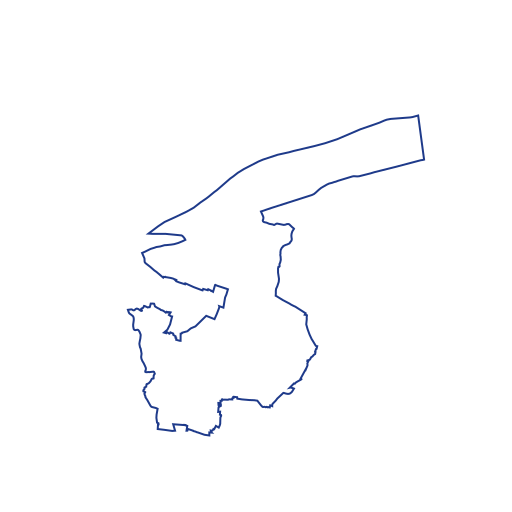 Chau Thanh, Trà Vinh, Vietnam, rotated 297°
{"feature_id": "81297802B55022771369511", "entity_name": "Chau Thanh", "entity_type": "district", "adm_level": 2, "iso_a3": "VNM", "parent_name": "Vietnam", "parent_adm1": "Trà Vinh", "projection": "mercator", "projection_center": [106.348, 9.881], "detail": "fine", "context": "isolated", "style": "outline", "palette": "blue", "viewbox_px": 512, "rotation_deg": 297, "n_neighbors": 0, "source": "geoboundaries", "source_scale": "gbopen_adm2", "svg_char_len": 6027}
<svg xmlns="http://www.w3.org/2000/svg" viewBox="0 0 512 512"><g transform="rotate(297 256 256)"><path d="M57.2,247.0L59.5,253.2L62.1,260.8L63.6,263.2L68.5,258.6L72.6,268.4L72.8,268.4L73.4,269.9L73.4,270.2L73.1,270.2L73.4,271.9L68.8,273.4L69.2,274.1L70.1,273.9L70.4,274.2L71.0,274.1L71.8,279.4L71.6,279.7L72.1,281.9L72.1,283.1L72.4,284.4L73.3,291.2L74.9,295.9L77.6,294.5L78.5,296.6L78.7,295.9L80.0,294.9L80.4,296.2L81.3,296.6L82.6,296.6L82.7,297.4L86.4,297.4L86.2,300.7L88.6,300.6L90.2,300.3L95.9,297.6L97.8,297.5L98.4,297.1L98.2,295.9L101.0,294.7L99.9,293.1L104.0,291.4L104.8,291.3L105.0,291.7L105.5,291.7L105.7,292.2L106.0,292.3L106.4,292.7L107.2,292.4L106.3,290.2L108.0,289.2L108.9,291.2L110.8,290.1L111.4,291.2L112.7,290.7L113.0,291.1L112.8,291.4L112.9,291.9L113.5,292.7L115.2,296.3L116.1,297.1L117.4,300.0L118.4,299.5L119.4,300.4L120.0,299.7L120.4,299.9L121.5,303.1L121.6,303.3L120.4,304.1L121.9,308.7L124.7,315.6L126.7,319.9L127.7,322.9L125.2,328.3L124.6,330.0L124.6,330.8L125.5,332.0L125.7,333.4L126.3,333.8L126.5,335.2L126.9,335.3L127.3,337.0L129.4,336.5L129.6,338.6L130.8,338.0L131.8,337.9L136.0,339.2L138.7,339.7L146.4,342.5L146.6,342.8L147.0,345.1L147.5,346.8L148.1,347.9L149.2,348.9L151.3,349.7L155.1,350.0L155.0,348.9L154.5,346.5L154.0,345.9L159.7,347.7L159.8,348.5L161.5,349.0L163.7,350.4L166.0,352.0L166.8,352.4L167.1,352.1L167.0,351.4L177.4,351.7L177.3,351.9L181.6,351.6L182.3,351.4L183.6,350.5L186.0,350.4L185.7,349.4L186.3,349.2L186.7,349.7L187.9,350.9L188.9,351.1L190.8,351.1L192.1,351.9L194.2,352.4L195.5,353.2L197.5,352.6L197.5,352.1L200.3,351.7L200.6,352.1L200.8,352.1L203.4,351.5L203.1,350.5L203.2,349.9L206.5,344.6L207.1,343.5L210.3,339.4L214.2,335.2L217.9,331.8L222.8,329.9L224.4,329.0L226.3,328.3L226.4,328.1L225.8,326.1L227.5,326.2L228.7,314.1L228.6,312.3L228.6,309.3L228.8,307.5L228.9,300.0L229.5,292.7L229.5,291.6L231.6,290.7L233.9,289.5L235.9,288.8L238.7,288.7L243.3,288.0L246.0,286.9L251.2,283.2L254.9,281.3L256.5,280.9L256.9,281.6L257.5,281.7L259.4,280.6L261.2,280.5L263.2,280.0L263.9,279.8L266.8,278.1L267.3,277.6L268.1,277.1L269.8,276.5L270.1,276.2L271.1,275.8L272.7,275.3L275.2,275.3L276.5,275.8L276.8,275.7L277.3,275.9L279.1,277.2L280.5,278.6L282.3,280.0L282.6,280.2L283.5,280.1L284.4,280.4L285.5,280.6L286.6,280.5L287.8,279.9L288.4,279.4L290.1,278.3L291.9,277.6L294.3,277.2L295.7,277.3L297.5,277.5L297.8,276.8L298.1,275.2L299.3,271.3L299.3,270.6L298.5,269.1L297.2,267.9L296.3,266.6L294.5,260.2L294.0,259.5L292.0,258.2L291.8,257.8L291.7,256.5L290.7,253.3L290.5,250.3L289.9,248.0L289.9,247.2L290.1,246.5L290.6,246.0L291.1,245.8L292.3,245.7L293.7,245.1L294.5,244.4L297.9,240.2L305.7,247.8L335.7,278.1L337.5,279.5L339.5,280.4L343.5,281.9L346.4,283.2L351.9,286.8L353.8,288.3L355.7,290.5L357.6,292.3L358.3,293.2L360.3,295.0L370.6,305.7L371.5,306.9L372.9,310.1L373.9,311.7L381.5,320.4L384.4,323.4L399.1,340.3L416.1,359.3L417.3,361.0L418.2,362.0L454.8,336.7L450.8,332.3L449.5,330.5L439.3,313.8L436.9,310.7L434.9,308.8L430.9,305.5L427.4,302.2L416.2,291.4L396.9,275.3L387.9,266.4L380.7,258.4L366.8,242.0L363.4,238.3L356.1,229.4L345.1,218.5L341.3,215.3L327.9,205.7L321.8,202.0L316.6,199.6L313.4,197.9L296.8,191.2L294.1,189.8L287.4,186.9L284.7,185.6L278.5,182.2L270.8,178.6L264.2,174.2L254.0,166.4L244.8,159.1L238.0,155.3L227.1,150.0L228.7,153.6L234.8,165.7L240.5,180.2L240.5,181.3L239.8,183.2L239.0,184.8L238.3,185.7L235.8,183.8L232.3,180.8L229.4,177.7L227.6,175.2L224.9,171.0L224.1,169.6L221.0,166.3L218.8,163.2L217.2,161.7L214.5,158.9L209.4,155.1L207.0,153.1L203.2,157.7L200.3,159.4L199.8,160.0L199.4,161.1L198.3,166.8L197.0,171.9L196.6,174.7L194.6,183.1L195.5,183.2L195.8,184.3L196.0,184.3L196.2,184.5L196.1,184.8L197.7,189.9L198.2,192.2L198.3,193.1L197.9,194.7L198.4,194.7L198.5,195.9L197.9,196.0L197.3,196.4L197.6,199.6L198.6,205.6L199.5,205.4L199.6,206.0L200.0,214.6L201.0,223.6L201.1,224.0L202.7,223.9L203.6,228.6L204.7,228.5L204.8,232.1L204.5,232.2L204.7,233.1L204.6,234.0L211.6,232.7L211.8,232.8L211.9,234.9L213.4,244.4L213.6,246.1L208.2,247.1L205.0,247.3L195.2,250.4L194.6,246.0L194.1,246.5L192.1,246.8L186.3,247.4L180.9,247.7L180.1,238.8L165.8,234.0L162.1,230.9L161.1,230.4L157.8,229.0L154.1,225.0L153.7,225.1L153.1,224.8L152.6,224.1L146.2,227.3L145.8,226.4L145.1,222.9L146.6,222.3L146.6,221.3L147.9,220.9L148.2,218.1L149.3,217.4L149.1,214.4L147.9,214.4L147.4,214.1L147.8,210.9L146.4,211.0L146.0,208.8L150.1,210.5L156.0,210.5L164.0,208.7L163.7,207.6L163.9,205.2L167.0,205.5L166.8,204.7L166.3,203.5L165.9,203.4L165.9,202.8L165.6,202.7L165.7,201.7L164.6,201.4L165.0,199.2L165.1,197.5L164.7,195.7L165.0,194.5L165.0,191.7L165.2,189.1L165.3,188.8L167.2,186.9L166.8,185.7L165.8,183.8L162.7,184.5L162.1,184.5L161.5,183.3L161.0,183.0L161.0,182.8L160.9,179.5L160.7,178.9L159.3,179.0L158.5,178.9L157.3,177.9L156.9,177.7L156.5,177.7L156.4,177.8L155.7,179.1L155.2,179.1L155.1,178.9L154.9,178.1L155.3,175.3L155.1,173.9L154.9,173.5L154.0,172.8L152.9,172.4L152.5,172.2L152.1,171.8L151.9,171.1L152.0,169.6L151.8,169.1L149.9,166.3L148.3,167.9L147.4,169.1L147.2,170.1L146.9,172.1L146.5,173.8L145.8,174.7L144.4,175.7L143.1,176.3L139.1,177.7L137.6,178.5L135.5,180.1L135.1,180.7L135.0,181.5L135.2,182.2L136.5,183.9L136.6,184.5L136.3,185.4L135.6,186.6L133.7,188.8L133.1,189.2L130.0,190.4L127.4,191.1L125.8,191.6L124.9,191.9L123.9,192.6L122.0,194.1L121.1,195.3L117.0,198.4L113.9,199.5L112.4,200.6L110.8,202.5L109.5,204.6L107.9,206.7L106.5,208.4L105.9,208.9L104.5,209.5L103.1,209.6L102.5,210.0L102.5,210.4L102.6,210.9L103.9,213.1L104.1,213.7L106.4,217.1L106.4,217.8L105.1,219.3L104.2,219.1L102.8,219.2L100.4,220.3L100.0,219.9L99.7,219.3L99.4,219.1L99.0,218.9L96.5,218.9L94.2,218.3L93.1,217.6L92.4,217.1L92.3,216.8L92.0,216.7L89.7,217.5L88.3,216.4L87.9,216.4L87.1,217.0L85.3,216.6L84.6,216.9L84.3,217.1L84.5,218.3L84.4,219.1L84.0,219.2L83.1,219.0L82.6,219.1L81.2,220.5L80.9,221.1L79.9,221.7L78.4,224.4L74.7,229.9L74.2,231.1L74.2,231.8L75.1,235.7L75.2,237.7L69.6,239.4L66.6,240.7L62.6,243.5L62.7,245.0L62.1,245.4L61.9,245.1L61.2,245.5L61.1,245.3L57.2,247.0Z" fill="none" stroke="#1e3a8a" stroke-width="2"/></g></svg>